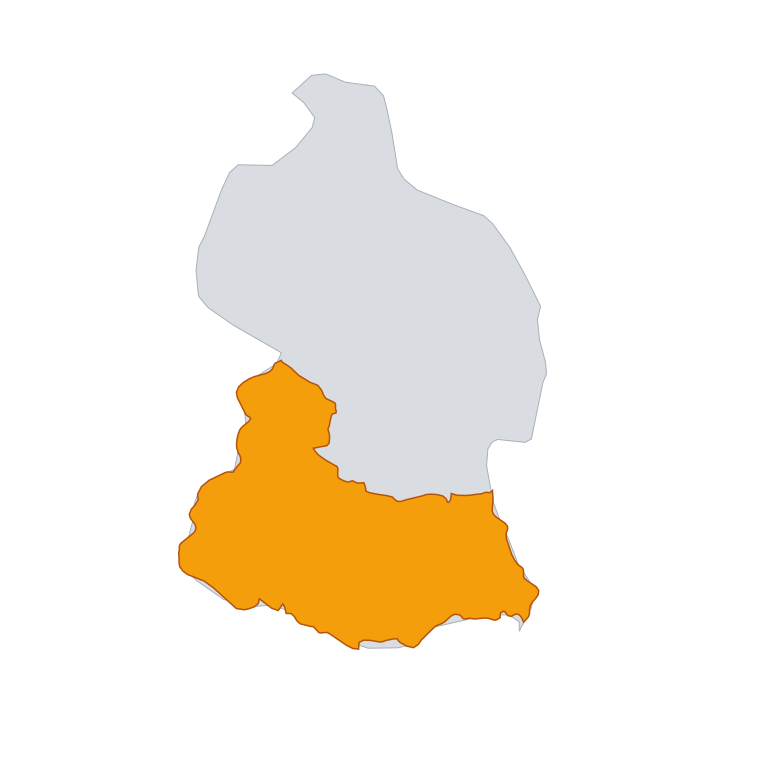 location of Eastern within Rwanda, rotated 115°
{"feature_id": "RWA-3493", "entity_name": "Eastern", "entity_type": "Province", "adm_level": 1, "iso_a3": "RWA", "parent_name": "Rwanda", "parent_adm1": "", "projection": "mercator", "projection_center": [30.365, -1.745], "detail": "fine", "context": "in_parent", "style": "filled", "palette": "amber", "viewbox_px": 768, "rotation_deg": 115, "n_neighbors": 0, "source": "natural_earth", "source_scale": "10m", "svg_char_len": 4421}
<svg xmlns="http://www.w3.org/2000/svg" viewBox="0 0 768 768"><g transform="rotate(115 384 384)"><path d="M306.5,240.9L315.1,240.7L371.6,227.2L377.2,231.4L386.3,257.7L391.1,261.5L399.0,262.4L414.9,256.4L443.9,235.9L456.6,223.4L471.6,205.9L490.7,186.1L501.3,168.9L511.7,158.8L525.3,155.8L540.4,156.6L550.9,156.9L542.3,161.0L540.5,173.6L550.4,193.8L582.9,235.6L603.5,243.2L617.0,259.5L630.2,286.8L634.1,321.0L628.7,362.2L631.9,392.8L643.8,412.9L647.0,438.9L641.3,470.9L634.4,490.1L626.3,496.4L617.1,498.8L604.6,496.6L589.4,499.3L572.8,505.3L562.4,506.2L555.9,505.0L543.7,499.9L524.4,483.4L488.3,492.5L478.6,492.3L465.4,500.2L454.6,509.9L448.1,510.5L441.4,509.2L410.4,489.7L399.1,490.3L394.4,545.2L389.2,575.6L382.8,589.2L360.6,602.3L338.2,609.7L326.0,609.2L276.8,613.3L257.6,613.3L247.0,608.9L233.2,577.8L207.1,564.0L182.1,557.5L171.9,559.3L162.9,575.6L159.1,590.2L134.9,580.1L127.6,567.8L126.9,547.0L118.1,518.4L123.0,506.3L132.5,498.4L152.6,483.3L183.3,462.5L189.8,452.5L194.2,435.9L192.2,397.3L189.3,364.7L192.9,353.1L206.9,327.9L225.6,302.2L247.5,274.9L260.7,272.2L278.0,261.9L296.3,246.6L306.5,240.9Z" fill="#d9dde1" stroke="#a8b0b8" stroke-width="1"/><path d="M526.1,483.4L517.8,481.4L516.5,480.8L512.3,482.0L509.7,484.4L508.7,485.8L507.5,487.4L504.1,490.5L500.3,492.5L495.4,494.1L490.4,495.1L486.2,495.3L482.9,494.5L474.7,490.6L471.7,490.3L470.8,492.0L470.6,494.5L470.1,496.3L458.3,511.2L453.8,514.3L447.9,514.5L441.9,512.1L436.5,508.5L432.2,504.7L424.0,495.1L420.8,492.6L417.8,491.6L415.3,491.5L413.1,491.7L411.1,491.4L406.5,487.5L406.0,487.1L406.6,486.4L407.0,485.6L407.3,485.0L407.9,479.9L408.8,475.0L408.9,474.5L409.1,474.1L412.2,465.0L413.7,452.1L413.2,443.4L416.0,438.0L419.9,433.7L421.7,430.6L421.7,427.5L421.7,422.8L422.0,420.2L423.2,419.2L425.7,418.1L427.4,417.2L428.7,415.8L430.6,415.3L431.5,416.4L432.8,418.0L435.0,418.3L436.6,418.0L437.4,417.8L438.2,417.6L439.8,417.3L441.5,416.9L443.0,416.4L445.4,415.9L447.5,415.8L448.3,415.7L449.1,415.6L449.8,414.6L451.4,413.3L453.2,411.9L454.7,411.1L457.5,409.9L460.7,408.8L463.9,409.7L466.6,413.3L468.4,416.0L470.4,418.5L472.1,420.9L473.9,418.4L476.0,413.6L477.7,404.2L478.5,394.7L478.6,391.7L480.1,390.1L483.8,388.5L487.4,386.8L488.6,384.6L488.7,379.4L488.2,375.1L486.6,373.6L485.0,371.6L485.2,368.0L484.2,364.2L482.4,361.6L482.1,360.2L483.1,359.5L485.0,357.5L487.2,356.0L488.7,355.1L488.6,351.1L486.6,343.0L483.9,334.0L482.9,328.5L484.0,325.6L484.8,322.6L483.3,319.1L479.6,315.1L474.5,308.7L469.7,302.6L466.3,299.0L463.7,294.3L461.7,289.0L460.6,283.1L462.0,278.7L464.1,276.8L464.2,275.6L462.7,274.9L460.2,274.9L457.1,275.9L454.7,276.7L454.5,274.3L453.8,270.2L452.7,267.8L450.5,262.8L448.2,258.6L445.2,254.1L441.9,248.6L440.2,247.3L438.8,245.3L438.0,242.6L436.5,241.4L435.7,241.2L434.6,240.7L442.4,236.5L453.1,232.4L455.9,229.7L457.3,225.7L458.9,215.6L460.7,212.0L462.8,210.8L464.9,210.4L466.9,210.3L468.9,209.7L472.9,207.3L484.6,196.2L488.0,191.8L490.8,187.1L491.3,185.3L491.9,181.6L492.7,180.0L493.6,179.3L494.5,178.5L498.9,176.5L500.5,175.2L501.8,171.2L503.5,160.4L505.7,156.6L509.7,155.2L514.1,155.9L518.5,157.2L523.0,157.7L527.1,156.7L530.5,155.1L534.1,154.7L538.1,155.9L540.9,156.8L538.9,159.0L536.8,161.8L536.0,164.8L536.9,167.6L540.7,170.2L541.6,173.8L541.0,175.3L540.0,176.8L539.3,178.4L539.7,180.0L542.0,181.5L544.1,181.2L545.8,180.3L546.9,180.0L550.1,182.3L551.3,183.9L552.3,190.7L553.9,194.5L558.6,202.4L560.2,207.8L562.6,210.9L563.2,213.1L562.9,213.9L562.3,215.0L561.7,216.6L561.4,218.5L562.8,222.7L566.2,225.3L573.9,228.5L576.7,230.4L580.6,234.1L583.0,235.6L600.3,242.0L605.5,242.8L610.5,245.8L612.0,252.7L611.5,259.5L610.7,262.6L609.3,264.1L610.9,267.5L615.2,273.3L618.5,276.8L619.6,278.8L622.2,288.2L624.7,294.1L628.8,297.4L635.0,295.0L636.9,300.5L636.7,307.3L633.3,327.9L633.3,330.7L633.9,332.1L636.2,335.7L636.8,338.1L633.8,345.3L634.7,348.1L636.8,358.6L635.4,363.0L632.7,366.9L631.3,371.0L633.3,375.7L629.0,379.0L627.4,380.7L626.1,382.8L634.0,384.1L634.7,391.0L631.3,406.2L636.2,405.2L640.9,407.5L644.9,411.6L647.7,415.3L649.9,423.0L640.9,452.1L638.6,463.7L639.7,481.6L638.6,487.0L635.9,491.9L632.5,494.3L628.1,496.3L624.1,498.6L620.4,499.5L618.5,500.6L616.1,501.2L614.0,500.7L600.3,494.0L597.5,493.1L594.1,493.5L591.1,495.9L587.4,502.9L584.4,505.4L579.0,505.7L573.3,504.1L567.7,503.4L562.6,506.4L554.0,506.0L545.3,501.9L531.1,490.3L529.6,488.2L528.2,484.5L527.0,483.1L526.1,483.4Z" fill="#f59e0b" stroke="#b45309" stroke-width="1.5"/></g></svg>